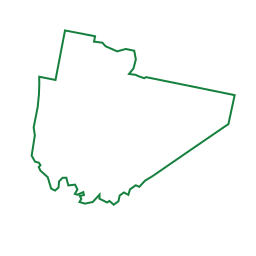 Duval, Florida, United States of America (Robinson projection), rotated 192°
{"feature_id": "52423323B60640707975629", "entity_name": "Duval", "entity_type": "district", "adm_level": 2, "iso_a3": "USA", "parent_name": "United States of America", "parent_adm1": "Florida", "projection": "robinson", "projection_center": [-81.627, 30.345], "detail": "fine", "context": "isolated", "style": "outline", "palette": "green", "viewbox_px": 256, "rotation_deg": 192, "n_neighbors": 0, "source": "geoboundaries", "source_scale": "gbopen_adm2", "svg_char_len": 936}
<svg xmlns="http://www.w3.org/2000/svg" viewBox="0 0 256 256"><g transform="rotate(192 128 128)"><path d="M30.5,182.3L92.2,181.8L120.9,181.5L122.5,180.1L129.0,180.9L131.3,181.6L138.2,181.1L135.0,187.5L134.6,196.8L138.0,204.9L146.7,204.8L154.5,200.7L167.0,203.3L170.8,206.1L179.2,205.4L179.3,210.9L209.9,210.3L208.9,159.9L210.7,159.9L225.5,159.7L223.9,152.5L222.1,142.3L220.7,129.7L220.4,108.9L217.6,101.5L216.5,80.9L212.0,75.8L207.9,75.5L205.9,73.4L207.2,71.3L204.8,68.1L196.3,63.2L190.6,52.8L186.4,51.6L183.6,55.3L184.3,61.4L181.7,65.7L178.0,66.5L174.4,59.4L168.0,61.6L164.7,57.4L166.3,52.5L163.7,52.2L158.4,56.0L157.2,53.3L161.0,51.4L158.9,49.0L160.1,45.5L154.3,45.1L147.1,48.3L142.0,56.9L141.2,52.9L133.0,50.8L131.0,52.8L126.0,50.0L122.1,54.4L122.1,60.2L118.6,64.1L113.8,62.7L113.3,68.4L108.5,73.6L104.7,72.8L100.4,80.0L94.1,85.9L63.7,118.0L34.0,149.2L30.6,152.6L30.5,182.3Z" fill="none" stroke="#15803d" stroke-width="2"/></g></svg>